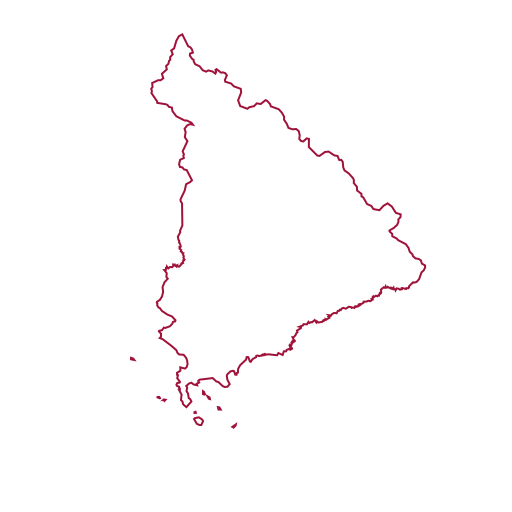 Sawi, Chumphon, Thailand, rotated 112°
{"feature_id": "78962969B1514020296761", "entity_name": "Sawi", "entity_type": "district", "adm_level": 2, "iso_a3": "THA", "parent_name": "Thailand", "parent_adm1": "Chumphon", "projection": "orthographic", "projection_center": [99.078, 10.244], "detail": "fine", "context": "isolated", "style": "outline", "palette": "rose", "viewbox_px": 512, "rotation_deg": 112, "n_neighbors": 0, "source": "geoboundaries", "source_scale": "gbopen_adm2", "svg_char_len": 6135}
<svg xmlns="http://www.w3.org/2000/svg" viewBox="0 0 512 512"><g transform="rotate(112 256 256)"><path d="M111.4,289.9L111.7,298.3L109.9,299.8L108.0,303.8L107.9,305.5L113.3,308.6L114.2,312.5L117.8,313.9L120.5,317.9L122.7,319.1L122.9,326.8L118.4,330.9L109.9,331.0L106.7,332.8L107.0,340.1L105.4,343.6L105.9,349.8L104.4,350.8L99.4,350.7L98.0,353.1L98.1,355.3L99.1,357.1L97.5,362.6L98.6,363.3L100.3,361.9L102.1,362.0L101.2,365.3L101.8,369.7L103.8,371.4L103.7,375.1L101.2,379.4L101.0,384.1L99.0,386.6L97.4,387.4L97.2,389.0L95.0,392.4L93.0,393.0L91.1,390.7L88.5,392.7L87.1,395.0L86.9,397.5L78.1,407.4L81.1,409.8L86.3,410.5L94.2,409.7L97.2,411.6L100.1,408.8L103.9,410.1L106.2,409.0L107.6,409.7L110.6,409.2L113.6,410.5L116.4,408.6L122.3,411.5L126.0,408.5L128.9,410.4L129.6,412.5L134.5,417.1L138.1,415.2L140.1,415.8L142.3,414.2L144.1,414.0L149.7,405.6L151.0,404.9L149.1,396.5L149.1,394.7L150.3,392.6L149.9,389.6L153.0,387.7L156.3,382.2L157.1,372.8L156.3,371.1L156.6,365.8L157.9,363.7L158.3,366.3L160.6,368.7L164.8,369.9L167.6,367.6L172.5,366.5L175.2,362.6L186.4,363.2L188.8,360.9L190.3,360.9L192.2,359.6L195.2,362.4L199.7,361.7L202.0,359.8L201.4,357.5L202.7,355.2L202.3,352.4L209.8,343.7L212.2,344.8L215.6,347.7L222.2,346.6L231.7,347.2L233.3,346.5L234.9,344.3L255.3,335.7L261.1,335.9L262.2,335.1L267.4,335.7L270.1,333.9L270.7,332.8L272.4,332.4L272.7,331.5L275.1,329.4L276.1,329.4L276.3,330.3L277.8,329.7L278.5,327.6L280.0,327.4L279.9,326.3L281.1,325.1L280.7,324.4L282.4,323.9L283.2,322.8L284.6,322.8L285.9,321.3L286.5,321.6L286.4,321.0L289.4,321.7L289.9,321.1L291.0,322.4L291.6,322.0L294.7,323.3L295.1,325.1L294.5,325.3L295.2,325.6L294.5,326.1L295.4,326.9L294.6,327.9L295.0,328.2L294.4,328.3L294.9,329.6L295.7,329.0L297.7,329.4L298.4,331.6L300.4,332.7L299.2,334.6L300.4,334.3L300.7,335.0L302.7,334.4L303.4,335.8L305.4,332.3L308.9,331.3L310.1,329.3L314.6,331.0L319.8,331.0L324.2,328.6L328.8,328.0L332.8,328.7L335.5,330.6L336.5,330.5L337.2,329.5L338.8,329.1L340.2,327.2L340.3,325.7L342.2,322.6L343.5,316.1L343.5,311.3L345.7,306.6L346.9,306.5L348.1,308.3L350.1,308.2L353.4,309.5L356.7,313.2L356.9,314.6L360.1,315.4L361.5,317.7L362.3,317.8L363.6,314.9L366.4,313.9L368.1,314.5L368.1,311.4L370.9,301.0L373.2,294.5L375.1,292.7L376.1,290.4L374.7,286.1L376.5,282.8L378.5,280.8L382.0,278.9L385.1,278.7L387.0,279.7L387.6,284.5L390.7,283.1L393.9,285.5L395.8,284.6L395.7,283.7L398.8,283.3L401.2,279.3L402.1,279.4L403.1,281.4L405.0,281.6L406.0,280.8L406.0,278.4L407.1,278.1L407.3,277.0L408.5,276.5L408.9,277.3L412.4,273.1L417.7,271.6L418.5,269.7L420.8,268.0L422.2,263.9L415.1,261.4L413.3,263.4L413.0,265.1L409.0,267.5L407.3,269.8L403.7,270.5L402.7,272.0L399.3,270.3L397.7,268.4L398.5,265.7L397.9,262.1L396.6,263.1L394.6,261.3L393.5,262.8L391.8,262.0L385.4,250.4L387.2,245.8L386.9,243.7L389.1,238.2L389.2,236.0L387.9,233.5L384.6,232.4L381.5,236.1L378.1,238.2L376.6,238.3L372.6,236.5L371.1,234.4L371.0,233.2L373.8,230.8L373.4,229.6L371.7,230.0L370.9,229.1L367.3,230.3L363.2,229.8L355.8,226.4L353.2,226.8L352.7,225.2L356.0,222.2L356.1,221.2L352.9,220.6L349.7,218.0L348.5,218.3L347.6,217.1L347.6,215.5L345.3,212.1L345.1,213.1L344.5,212.6L344.9,211.5L342.6,210.7L344.3,210.6L342.5,207.7L340.1,199.2L337.6,198.9L337.8,194.2L334.0,194.5L333.1,192.4L331.6,192.4L330.1,190.9L330.1,189.1L328.5,187.8L328.0,188.2L328.7,189.8L327.6,190.1L326.3,191.5L325.3,191.2L325.9,189.8L323.3,189.9L320.3,188.1L319.9,188.5L321.3,190.3L319.4,189.8L317.6,191.7L317.2,190.7L314.6,189.7L312.6,189.7L311.1,189.0L309.8,190.1L306.2,187.4L305.1,187.6L305.3,189.2L302.8,186.5L301.4,186.4L300.3,183.2L297.4,182.7L298.1,181.4L296.6,180.1L296.6,179.3L293.4,177.6L295.0,175.2L293.7,175.1L294.4,173.4L292.1,169.8L290.7,169.6L290.8,168.9L289.8,168.8L289.4,167.6L288.5,168.0L288.6,167.1L285.8,164.8L285.1,166.1L284.0,164.9L283.6,166.3L283.0,164.1L281.4,163.8L279.5,162.2L278.9,159.8L276.2,159.6L275.6,158.2L274.4,158.1L274.3,157.1L272.7,156.9L271.4,155.6L271.2,153.0L268.3,150.9L267.7,148.9L268.3,147.8L267.3,146.7L267.3,145.3L265.3,145.1L265.1,144.3L265.7,144.3L264.7,142.7L263.0,141.5L263.0,142.6L262.2,142.5L260.7,140.0L259.0,138.8L258.0,139.1L256.9,136.5L255.4,135.1L255.1,133.1L253.3,132.0L252.7,132.6L252.4,131.5L250.4,132.5L249.3,132.1L249.7,131.1L247.9,130.0L247.9,128.3L246.6,127.8L246.6,127.1L244.0,127.3L244.1,126.4L242.9,126.2L240.4,127.6L237.2,125.9L237.2,124.6L235.8,124.5L236.7,123.8L236.0,122.3L235.3,122.4L235.6,118.8L234.8,119.0L234.6,118.4L235.3,116.9L233.9,116.6L235.2,115.7L234.6,114.5L235.5,113.7L233.4,113.5L232.9,111.5L233.3,109.9L232.2,108.4L231.4,109.0L230.9,108.5L230.4,104.5L229.4,104.5L229.0,102.8L227.8,102.3L226.8,102.8L221.5,100.5L221.6,99.6L219.9,97.4L216.4,96.1L209.2,96.4L206.4,95.1L203.4,94.9L201.4,95.7L200.9,99.4L198.3,101.4L197.8,104.2L198.5,107.3L197.2,110.6L195.9,111.5L194.5,115.0L191.4,117.6L188.9,121.5L188.1,130.1L187.1,132.0L186.6,137.0L184.4,138.1L183.2,141.4L182.3,141.8L178.6,138.9L174.3,136.8L171.0,136.7L168.8,137.7L165.7,136.6L163.2,137.5L163.6,142.5L159.3,148.5L157.9,153.7L161.7,156.6L167.3,158.7L168.5,164.7L166.4,167.8L166.2,172.5L161.5,178.5L161.2,180.5L158.9,181.5L157.4,186.8L154.0,188.4L151.7,192.7L149.1,193.6L147.6,195.0L144.7,200.9L143.5,206.0L141.2,208.3L136.3,210.8L134.9,212.9L135.8,214.8L132.7,217.9L133.4,221.1L132.0,227.7L133.7,231.0L139.4,234.6L139.9,236.8L135.2,247.8L127.6,250.8L128.0,253.1L132.1,255.1L132.5,257.2L131.3,259.7L127.7,260.7L124.2,263.1L123.2,266.4L124.8,269.4L125.1,273.9L122.0,276.8L119.2,281.0L116.2,282.2L113.4,285.8L111.4,289.9ZM430.3,252.4L433.7,248.1L433.9,245.3L433.2,243.4L428.9,243.2L427.7,244.9L427.0,248.6L429.3,252.0L430.3,252.4ZM420.9,211.4L419.7,211.6L423.3,213.9L423.5,212.5L420.9,211.4ZM411.6,231.2L410.1,233.2L410.4,234.7L412.4,233.3L411.6,231.2ZM403.9,253.4L403.9,252.0L403.3,251.6L401.4,253.4L401.2,254.5L403.9,253.4ZM397.2,333.7L398.6,333.2L398.0,329.9L397.1,331.4L397.2,333.7ZM423.9,295.2L424.1,292.3L423.8,291.8L422.9,292.8L423.9,295.2ZM404.2,248.5L406.0,246.2L405.9,245.1L404.5,246.1L404.2,248.5ZM424.3,288.1L424.0,287.5L424.7,286.6L423.2,286.0L423.5,287.7L424.3,288.1ZM424.0,254.6L424.6,254.2L424.0,253.0L423.1,253.7L424.0,254.6Z" fill="none" stroke="#9f1239" stroke-width="2"/></g></svg>